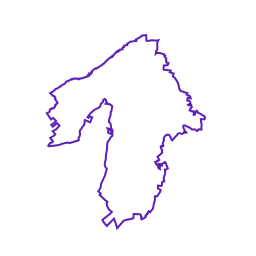 Maeriste, Salaj, Romania (Mercator projection), rotated 318°
{"feature_id": "2599482B89987294354273", "entity_name": "Maeriste", "entity_type": "district", "adm_level": 2, "iso_a3": "ROU", "parent_name": "Romania", "parent_adm1": "Salaj", "projection": "mercator", "projection_center": [22.749, 47.297], "detail": "fine", "context": "isolated", "style": "outline", "palette": "violet", "viewbox_px": 256, "rotation_deg": 318, "n_neighbors": 0, "source": "geoboundaries", "source_scale": "gbopen_adm2", "svg_char_len": 5806}
<svg xmlns="http://www.w3.org/2000/svg" viewBox="0 0 256 256"><g transform="rotate(318 128 128)"><path d="M67.8,196.9L71.6,198.6L74.7,195.7L79.4,200.4L79.5,200.7L78.7,202.9L78.3,202.7L78.0,202.9L77.5,203.6L77.0,204.9L78.9,205.6L81.7,206.0L82.0,205.6L82.0,205.3L82.6,204.7L83.7,205.0L84.1,205.0L84.0,204.7L84.4,204.4L86.2,204.6L86.6,204.5L86.8,203.9L87.8,203.7L88.1,205.3L92.2,204.7L93.3,204.1L97.2,201.1L99.7,199.7L101.8,197.2L102.5,196.8L103.8,198.3L109.3,196.9L110.9,195.7L110.5,195.1L109.9,192.7L111.8,190.9L113.2,192.6L114.4,193.5L117.4,190.9L119.2,192.0L119.5,191.7L120.4,189.7L123.1,187.8L124.5,187.2L126.4,185.4L127.5,183.5L128.5,184.3L130.5,184.7L132.7,178.9L132.6,178.0L132.0,177.9L131.8,178.5L128.8,177.0L128.1,178.7L127.6,178.4L128.1,176.8L127.4,176.0L125.8,178.3L125.0,178.0L124.3,179.8L123.9,179.0L124.0,178.0L124.3,177.1L125.7,175.5L125.9,174.9L124.7,174.4L125.4,171.4L127.2,172.3L127.6,172.4L127.9,172.0L128.7,172.6L129.9,172.7L130.7,169.1L135.3,169.3L137.2,169.0L137.4,168.4L138.2,167.4L138.5,167.4L138.7,166.0L139.7,163.9L140.2,164.1L140.5,163.6L140.9,163.7L141.5,165.0L142.0,165.0L142.5,164.6L143.2,163.1L144.3,162.2L146.5,161.3L147.1,160.0L149.5,158.8L152.3,158.9L152.7,159.6L153.5,160.0L153.8,160.4L153.8,162.0L153.4,163.0L153.2,164.4L152.4,166.0L152.6,166.8L157.4,166.2L159.8,166.1L161.1,165.6L162.1,165.8L162.8,166.3L164.2,168.6L165.7,169.0L166.6,168.6L167.2,169.6L168.2,170.5L168.5,170.5L168.5,169.8L168.1,169.1L168.3,168.1L169.6,164.3L170.8,163.3L171.1,163.4L172.2,164.3L172.8,166.3L173.3,167.0L173.7,168.5L174.1,168.8L174.4,171.0L174.7,172.1L176.7,173.7L177.2,176.3L177.7,176.6L178.8,176.1L179.5,176.2L180.2,176.7L180.6,177.6L181.7,178.3L182.7,176.9L185.4,174.3L186.4,172.1L188.1,170.2L190.5,172.6L192.0,172.1L192.7,170.4L191.9,168.4L191.3,165.8L190.2,163.8L190.7,162.0L190.6,161.1L188.4,161.9L188.1,161.7L186.9,162.6L186.2,162.8L185.6,162.1L188.2,159.9L187.9,159.3L186.6,158.6L185.6,156.1L186.9,155.4L187.2,155.7L188.4,155.1L189.3,155.2L189.8,154.2L190.3,153.7L190.5,152.8L188.4,152.1L188.1,151.6L188.1,150.9L190.8,151.5L191.7,150.1L191.7,148.7L190.4,147.2L192.6,145.6L194.5,147.9L195.2,146.4L195.2,145.0L194.3,143.8L193.9,142.3L195.5,141.7L194.7,140.6L191.7,135.2L192.3,134.3L192.4,132.8L194.3,130.2L195.5,126.9L196.3,122.7L196.2,121.0L195.9,120.2L196.2,119.2L198.4,118.0L196.4,114.7L197.6,114.4L198.2,113.9L193.6,108.5L194.1,107.6L196.5,105.5L197.2,106.3L198.0,106.6L199.3,107.7L200.4,107.6L201.6,106.6L200.3,105.1L201.7,102.9L202.0,103.1L202.8,102.1L203.1,101.0L202.8,100.1L203.0,99.5L204.1,99.0L203.4,98.2L204.1,97.3L201.7,93.4L199.4,91.4L198.4,91.4L200.7,89.5L201.7,89.5L203.0,88.6L206.3,84.7L208.2,83.5L209.3,83.1L207.4,81.9L204.4,78.7L201.2,76.7L200.2,75.7L200.1,75.4L203.6,71.1L200.0,68.5L199.6,68.8L197.7,68.6L192.9,67.5L192.5,68.8L187.5,65.5L183.7,64.8L183.0,65.9L180.4,64.2L179.1,64.5L178.9,65.1L178.5,64.8L177.7,64.9L177.1,65.4L177.1,65.1L176.5,65.4L175.4,65.1L174.4,64.3L173.9,64.4L173.8,64.8L173.6,64.8L173.3,64.3L172.0,64.6L172.0,64.3L171.7,64.4L171.5,63.7L170.9,63.6L170.3,63.9L169.8,63.7L169.4,64.1L167.5,63.8L165.7,64.3L165.1,64.0L164.9,64.5L164.6,64.6L164.4,64.1L164.1,64.0L163.6,64.3L163.1,63.8L162.0,64.1L161.4,63.7L160.7,63.8L159.9,63.5L158.5,63.7L156.0,63.6L155.5,64.0L153.9,63.8L153.0,64.1L152.1,63.6L150.6,63.9L149.4,63.4L145.3,62.9L144.9,62.5L144.0,62.5L143.8,61.9L141.7,61.8L141.3,61.5L139.3,62.0L138.7,61.8L138.3,62.6L137.6,62.7L137.6,62.4L137.1,62.8L136.9,62.4L137.1,62.2L136.5,62.3L136.2,62.7L135.4,62.8L135.3,62.2L134.9,62.9L134.7,62.9L134.8,62.4L134.4,62.2L133.9,62.3L133.8,62.6L133.4,62.0L132.7,62.5L132.6,62.2L132.2,62.4L130.8,62.0L130.3,61.5L129.5,61.5L128.5,60.7L127.8,60.7L126.8,60.2L125.9,59.4L125.2,59.3L125.0,58.9L123.9,58.8L123.9,58.6L124.2,58.4L123.6,58.1L123.3,57.5L123.3,57.2L122.1,56.4L121.9,55.9L121.4,55.9L121.2,55.2L120.1,54.8L119.7,54.4L118.6,54.5L118.1,54.0L118.2,53.7L117.1,53.6L115.1,53.0L114.6,53.2L113.9,52.4L113.4,52.2L110.6,52.8L108.2,52.0L106.4,51.9L105.8,52.2L105.2,51.6L102.2,51.4L100.4,50.6L97.0,50.8L93.5,50.0L93.8,54.2L94.6,55.2L94.6,55.7L94.1,57.3L93.7,57.5L93.2,57.4L92.8,60.3L92.9,61.5L92.2,62.2L91.9,62.4L91.2,62.1L90.6,62.4L89.9,62.3L89.5,62.6L89.2,62.3L88.0,63.3L86.8,63.6L86.3,63.2L85.7,63.5L85.2,63.0L84.5,62.9L84.3,62.2L82.2,62.0L81.1,63.2L80.2,63.4L77.6,62.7L76.5,70.1L79.0,70.4L79.3,74.6L77.6,74.9L73.1,74.3L73.0,76.7L78.6,77.0L78.6,80.4L73.8,80.9L70.0,80.0L69.7,84.1L67.6,84.1L63.5,83.4L63.3,87.8L62.1,87.9L61.2,87.7L60.4,87.1L59.5,87.2L57.6,87.5L56.8,87.9L57.1,88.5L57.6,89.2L59.0,89.9L60.0,90.9L65.5,94.5L69.0,95.9L71.9,97.5L73.8,98.8L74.4,100.1L83.0,104.1L83.7,103.8L83.8,103.2L85.1,102.0L86.1,102.0L88.0,100.8L89.3,98.9L90.5,97.8L91.4,97.4L92.6,97.5L94.2,96.7L97.7,96.3L100.1,94.1L101.4,93.3L103.6,98.4L108.5,96.1L107.5,93.8L105.6,94.1L105.1,92.9L109.9,91.9L115.7,92.1L120.1,93.4L121.4,93.3L124.1,92.0L126.9,91.8L128.4,90.6L130.2,90.9L130.3,92.6L129.8,92.9L129.6,94.8L127.7,95.0L129.8,97.7L130.3,97.9L130.8,100.0L130.9,101.2L127.9,103.7L124.8,105.4L123.6,107.0L122.5,107.4L119.6,109.1L118.2,110.4L117.8,111.0L118.0,111.9L117.7,113.6L115.5,116.6L115.2,117.5L115.1,119.1L114.4,120.1L112.8,121.4L112.6,121.2L113.0,120.8L113.0,120.4L113.5,119.9L113.5,118.7L113.8,118.5L114.2,117.8L113.2,115.4L112.5,114.5L112.0,116.5L111.6,116.8L111.7,117.1L110.1,118.1L111.6,121.4L111.9,121.9L112.1,121.7L112.3,122.2L111.1,123.4L109.1,123.3L105.3,124.5L104.2,124.5L103.0,125.0L100.6,127.2L98.3,129.6L92.9,133.9L90.8,136.2L87.4,138.5L85.8,140.0L85.0,142.5L85.1,144.0L84.2,144.7L78.5,148.2L70.8,151.4L67.5,154.1L63.6,155.1L63.9,158.4L62.1,158.8L62.8,166.5L63.2,168.2L63.1,169.4L61.7,169.6L60.4,171.7L59.5,174.8L59.3,176.3L59.9,179.5L57.2,179.8L48.7,179.2L47.2,179.4L46.8,182.8L46.7,186.6L56.9,186.0L55.4,190.0L52.9,195.2L62.7,194.0L65.1,195.0L67.5,196.3L67.8,196.9Z" fill="none" stroke="#5b21b6" stroke-width="2"/></g></svg>